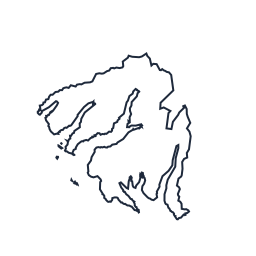 outline of Fjarðabyggð, Austurland, Iceland, rotated 114°
{"feature_id": "244011B48850905136863", "entity_name": "Fjarðabyggð", "entity_type": "district", "adm_level": 2, "iso_a3": "ISL", "parent_name": "Iceland", "parent_adm1": "Austurland", "projection": "mercator", "projection_center": [-13.826, 65.041], "detail": "fine", "context": "isolated", "style": "outline", "palette": "slate", "viewbox_px": 256, "rotation_deg": 114, "n_neighbors": 0, "source": "geoboundaries", "source_scale": "gbopen_adm2", "svg_char_len": 5946}
<svg xmlns="http://www.w3.org/2000/svg" viewBox="0 0 256 256"><g transform="rotate(114 128 128)"><path d="M98.0,73.2L93.5,78.0L91.2,80.0L86.8,82.1L84.3,85.2L85.6,86.4L86.9,85.1L93.0,87.5L95.6,87.5L104.1,89.5L111.3,87.9L112.7,92.7L97.9,97.1L95.2,96.2L94.7,103.7L97.3,106.4L91.7,108.5L75.2,101.9L62.0,110.1L60.5,113.2L61.0,115.5L60.7,117.2L60.8,118.8L60.3,120.7L61.8,121.4L62.1,122.5L58.0,127.8L59.1,131.0L61.4,132.0L55.7,136.3L54.3,139.7L52.5,141.5L57.0,144.4L58.8,146.6L61.2,153.1L61.7,156.8L63.8,156.7L69.4,159.8L73.4,157.5L74.9,157.7L76.7,160.1L77.5,163.2L79.2,164.9L79.1,166.0L80.4,168.1L83.1,168.5L84.6,170.3L88.0,172.5L89.0,174.0L89.7,176.5L91.6,179.1L99.9,179.5L101.7,181.2L104.3,186.1L107.1,188.3L107.5,189.8L109.1,192.2L111.4,192.7L112.2,197.6L115.5,198.5L115.9,200.7L116.8,202.0L118.0,203.3L120.2,203.6L121.2,205.8L123.1,206.4L124.6,208.9L128.3,210.4L129.1,212.2L131.4,212.8L134.0,212.5L135.4,214.5L138.3,214.3L139.1,215.6L140.8,215.2L142.2,216.0L143.4,217.7L146.7,215.5L146.9,216.1L147.4,215.6L147.8,216.6L149.0,216.4L149.7,217.1L150.9,216.6L151.7,214.8L151.7,213.9L149.0,213.0L147.7,213.6L141.2,208.7L132.8,204.7L132.7,203.8L133.5,202.1L136.2,202.2L142.7,203.5L144.6,204.3L144.4,204.7L144.7,204.8L144.3,204.9L145.0,205.4L148.2,205.5L148.5,206.3L149.6,206.5L150.2,207.7L151.4,206.9L152.3,207.6L154.4,205.9L156.6,201.9L158.6,201.6L159.0,200.6L160.9,199.2L162.5,197.1L163.9,192.9L162.2,190.9L161.7,189.2L160.9,189.9L159.4,189.4L159.3,188.7L158.2,188.9L156.9,188.0L156.2,186.7L154.1,186.3L153.0,185.3L152.8,184.1L149.8,182.7L149.8,182.0L148.7,181.0L137.6,178.8L136.6,179.4L126.7,176.7L121.6,174.2L119.0,171.3L119.2,170.8L118.1,170.4L119.9,169.8L119.1,169.3L119.7,168.8L119.2,167.9L119.5,167.7L131.4,173.8L138.6,174.4L141.6,173.5L143.5,174.0L146.9,172.3L152.5,175.8L154.5,175.4L155.4,176.4L158.4,176.9L158.7,177.8L161.1,176.4L162.4,177.3L164.3,177.2L164.4,178.4L164.9,177.3L167.7,176.5L170.6,177.4L172.0,176.4L174.3,176.4L174.7,175.5L174.2,174.5L174.7,172.1L174.2,168.7L173.9,168.4L174.6,167.8L174.7,167.0L174.5,166.4L175.1,165.6L174.3,166.1L174.0,167.9L173.2,168.6L170.1,168.7L168.3,167.2L167.1,167.7L163.3,167.3L159.6,165.4L158.8,164.7L158.4,163.4L157.7,163.4L155.9,161.3L155.7,159.4L152.4,158.1L150.9,156.5L150.4,157.0L148.8,154.6L148.1,155.5L147.3,154.4L145.1,153.7L144.4,151.9L145.3,150.3L143.9,149.0L143.3,147.1L142.5,146.7L142.1,145.3L139.0,143.8L138.4,141.9L136.9,141.5L135.4,142.2L134.0,141.5L129.5,142.7L126.8,140.3L125.3,140.6L123.0,139.5L122.3,140.4L116.6,137.6L105.1,139.7L103.0,139.2L98.3,139.7L94.7,137.7L92.5,138.1L89.2,136.9L89.4,135.4L89.8,135.2L90.0,133.4L90.5,133.4L89.9,133.3L90.0,132.6L89.4,132.2L92.3,133.4L95.5,132.8L102.8,135.2L106.1,134.0L109.3,134.3L111.7,133.0L114.0,130.8L117.5,130.9L121.2,129.1L121.8,129.4L121.6,130.3L122.4,129.8L122.0,129.4L122.3,128.8L124.5,130.1L127.6,129.2L126.7,127.1L126.1,127.2L124.3,125.8L122.7,121.9L119.7,118.1L119.9,117.3L119.4,117.2L119.9,116.2L120.4,116.5L120.0,117.2L120.9,116.4L120.7,117.0L121.1,117.6L122.0,116.7L123.0,117.2L122.7,117.3L127.2,122.0L126.8,122.8L127.6,122.8L131.8,125.8L140.0,127.9L145.5,131.7L147.2,132.0L149.6,135.6L152.0,136.6L153.2,138.6L154.4,139.2L154.9,140.9L154.8,142.0L156.1,143.4L156.4,144.9L157.1,145.3L157.5,147.3L158.7,148.9L161.4,149.7L163.4,148.7L169.4,149.4L172.8,148.6L178.1,149.7L183.9,146.5L185.2,146.6L187.0,144.6L187.5,142.0L187.1,139.4L184.4,136.3L186.1,132.1L187.3,131.0L188.7,131.4L195.4,128.7L198.2,124.6L198.9,124.4L198.8,123.5L199.7,122.0L201.5,121.3L202.0,119.4L202.5,119.0L203.5,116.6L203.3,115.5L202.4,114.6L202.4,113.7L200.1,113.2L198.4,113.8L196.8,111.9L196.0,109.9L196.2,108.7L197.3,107.6L198.9,103.9L198.4,103.2L198.9,101.9L199.0,100.5L198.5,99.8L199.0,97.1L198.3,95.2L198.5,93.6L198.3,92.7L200.3,88.6L199.9,87.3L200.1,86.2L199.8,85.1L200.8,83.9L200.5,83.7L198.4,85.0L198.4,86.7L196.8,88.1L197.0,88.8L196.1,90.3L194.6,91.0L193.3,92.6L192.7,92.3L192.2,94.6L191.4,95.5L191.7,96.8L189.9,99.9L189.2,102.7L187.9,104.6L188.0,105.2L187.6,105.2L187.5,106.8L186.6,107.2L185.1,110.0L181.9,113.4L180.6,112.4L183.4,104.8L183.4,103.3L176.2,105.7L172.5,106.0L171.9,104.9L171.9,106.2L171.0,105.8L171.7,104.5L175.0,103.6L175.0,102.5L178.8,100.2L179.8,98.8L179.7,96.8L177.2,97.1L172.9,95.8L168.7,96.4L167.8,96.0L167.3,96.3L168.0,96.5L167.7,97.0L165.0,98.2L165.4,97.7L164.8,98.1L164.2,98.0L164.9,97.8L164.9,97.3L164.5,97.7L164.4,97.0L163.9,97.1L167.2,96.2L166.4,95.2L163.1,97.0L163.0,96.2L164.9,95.0L165.7,95.6L166.6,95.0L166.6,94.8L166.4,94.1L166.6,94.9L165.8,95.3L166.0,94.9L165.8,94.0L167.0,93.9L166.6,93.3L166.9,92.5L168.9,91.0L172.3,90.6L175.3,91.2L179.0,90.1L181.2,87.3L183.3,82.1L183.7,80.5L183.5,79.2L183.9,77.4L183.5,75.3L179.5,73.2L176.7,75.1L175.7,74.9L174.4,75.8L168.8,75.3L167.0,76.3L158.0,76.9L150.6,73.5L144.1,72.3L139.1,74.1L124.8,76.4L123.1,75.1L125.9,73.8L136.0,72.2L144.1,69.1L159.0,70.7L164.7,69.7L167.5,68.4L173.6,67.7L179.6,65.1L181.7,63.2L182.1,62.4L182.0,60.7L184.4,58.7L184.7,57.5L186.5,55.5L186.3,55.0L186.8,54.0L186.7,52.7L187.5,51.1L188.4,50.9L189.2,49.8L189.2,48.9L189.7,49.0L191.4,46.3L191.2,45.4L189.5,44.8L188.3,43.1L184.4,41.9L184.2,40.9L184.4,40.6L183.9,40.1L182.7,40.9L181.5,39.3L179.5,38.3L178.7,39.4L178.5,41.9L179.2,42.9L180.0,46.0L175.4,48.3L174.1,50.3L173.9,52.5L169.9,53.2L169.2,54.7L168.0,55.6L162.7,55.8L161.4,57.2L160.7,59.9L153.7,61.3L150.7,59.7L149.3,59.7L143.1,61.6L137.0,64.7L133.4,64.2L130.9,61.9L126.9,64.1L122.7,63.6L110.0,67.4L106.3,70.4L104.4,74.0L98.0,73.2ZM173.9,180.6L173.1,180.0L172.8,181.3L172.4,183.5L172.8,183.3L172.7,184.1L173.0,183.9L173.9,180.6ZM200.3,152.1L200.0,152.0L200.1,151.3L199.2,152.1L199.4,152.9L199.1,153.7L200.3,154.2L200.1,152.5L200.3,152.1ZM184.8,180.2L183.1,180.0L182.8,180.2L183.2,181.4L184.2,181.4L184.8,180.2ZM169.0,183.6L169.6,181.8L169.6,181.6L169.0,182.7L169.0,183.6ZM198.3,158.6L198.9,158.5L199.0,157.7L198.3,158.6ZM199.8,150.6L200.3,150.6L199.8,150.6ZM199.2,155.5L199.0,154.8L198.7,154.9L199.2,155.5Z" fill="none" stroke="#1e293b" stroke-width="2"/></g></svg>